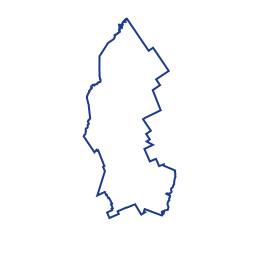 the district of Avellaneda, Santiago del Estero, Argentina, rotated 236°
{"feature_id": "61730980B47702997871145", "entity_name": "Avellaneda", "entity_type": "district", "adm_level": 2, "iso_a3": "ARG", "parent_name": "Argentina", "parent_adm1": "Santiago del Estero", "projection": "robinson", "projection_center": [-63.079, -28.545], "detail": "fine", "context": "isolated", "style": "outline", "palette": "blue", "viewbox_px": 256, "rotation_deg": 236, "n_neighbors": 0, "source": "geoboundaries", "source_scale": "gbopen_adm2", "svg_char_len": 5388}
<svg xmlns="http://www.w3.org/2000/svg" viewBox="0 0 256 256"><g transform="rotate(236 128 128)"><path d="M145.8,86.6L126.6,86.6L127.5,89.8L126.2,89.8L126.2,90.8L109.6,87.1L109.7,85.6L105.1,84.7L89.2,64.8L88.0,73.0L84.7,72.4L84.6,73.0L80.8,72.4L80.6,73.2L77.2,72.8L74.1,72.5L74.3,71.3L70.0,70.5L70.2,69.3L68.8,69.0L69.6,63.4L63.8,62.3L61.9,72.3L64.7,72.8L63.0,82.1L62.7,82.2L60.8,91.2L48.8,90.6L48.6,95.0L49.8,94.3L51.4,96.5L36.5,107.2L36.6,107.4L36.6,107.8L36.8,108.1L36.8,108.3L37.0,108.7L37.0,109.3L37.2,110.0L37.6,110.2L37.9,110.1L38.4,109.7L38.6,109.6L38.6,109.2L38.7,108.9L38.6,108.7L39.3,108.8L39.6,109.2L39.6,109.5L39.6,109.9L39.5,110.3L39.3,110.5L39.0,110.6L38.5,110.6L38.2,110.7L38.2,110.9L38.5,111.1L38.8,111.1L39.1,111.2L39.2,111.7L39.1,112.3L38.6,113.4L38.5,113.9L38.2,114.3L38.2,114.7L38.0,115.2L38.0,115.5L39.0,116.3L39.5,116.9L39.6,117.2L39.8,117.3L40.0,117.4L40.8,117.6L41.8,117.8L42.6,118.1L43.3,118.6L43.6,118.9L44.6,120.2L44.8,120.7L44.8,121.0L44.9,121.8L45.4,122.1L46.6,122.6L46.9,123.0L47.0,123.6L47.4,123.9L47.9,124.9L48.1,125.0L48.5,125.0L49.3,124.6L49.7,124.2L50.8,123.6L51.8,122.9L52.1,123.0L52.0,123.8L51.7,124.2L51.2,124.7L50.5,125.1L50.3,125.5L50.4,125.9L50.4,126.4L50.5,126.8L50.5,128.1L50.8,128.4L50.9,128.6L52.0,128.9L52.6,129.1L52.9,129.3L53.5,129.8L53.9,130.5L53.8,131.0L53.8,131.5L54.1,132.4L54.5,132.8L54.8,132.9L55.1,133.3L55.2,133.5L55.2,133.8L55.5,134.5L55.8,135.0L56.0,135.1L56.7,135.6L57.5,136.1L57.9,136.5L58.3,137.0L58.8,137.5L59.7,138.3L60.4,139.0L60.7,139.7L60.9,140.0L62.0,140.5L62.5,140.8L63.1,141.2L63.8,141.9L64.8,142.0L65.5,142.5L66.0,143.0L66.4,143.3L76.7,136.6L77.8,137.4L79.0,132.5L86.8,133.9L88.1,127.4L101.5,129.9L100.1,139.2L106.4,135.9L106.4,139.7L112.9,139.7L112.9,145.4L126.9,145.4L126.9,147.4L124.4,165.0L145.6,169.7L145.6,178.5L152.6,178.5L152.5,193.7L180.5,193.7L180.5,188.3L219.3,188.2L219.4,187.9L219.5,187.6L219.4,187.4L219.2,187.2L219.4,186.9L219.3,186.7L218.7,186.4L218.7,186.2L218.8,186.1L219.2,186.0L219.3,185.5L219.2,185.2L218.8,185.4L218.8,185.6L218.7,185.7L218.2,185.5L217.9,185.4L217.6,185.2L217.4,185.2L217.6,184.7L217.8,184.6L218.1,184.7L218.3,184.9L218.4,185.1L218.6,185.2L218.7,184.8L218.8,184.6L218.6,184.3L218.7,183.8L218.7,183.5L218.4,183.5L218.3,183.4L218.5,183.0L218.4,182.5L218.3,182.3L217.6,181.8L217.4,181.8L217.1,181.7L217.2,181.4L217.3,181.2L217.2,181.0L216.7,181.1L216.4,181.0L216.2,180.9L216.2,180.7L215.9,180.5L215.8,180.1L216.0,179.8L216.0,179.7L216.4,179.5L216.7,179.6L217.4,179.6L217.6,179.6L217.6,179.4L217.7,179.2L217.8,178.9L218.2,178.6L218.7,178.4L218.6,178.2L218.2,178.1L217.9,178.0L217.7,178.2L217.3,177.9L217.3,178.2L217.4,178.4L217.4,178.7L217.2,178.9L216.7,178.9L215.7,179.2L214.8,179.3L214.6,179.1L215.1,178.9L215.5,178.7L216.2,178.5L216.4,178.3L216.4,178.1L215.9,178.0L215.4,178.0L215.2,177.8L215.0,177.6L214.6,177.3L214.5,177.1L215.1,176.8L215.2,176.7L215.2,176.4L215.1,176.2L214.9,176.1L214.5,176.0L214.4,175.9L213.9,175.8L213.9,175.7L214.1,175.5L214.1,175.2L213.3,175.1L212.7,175.0L212.4,175.1L212.2,174.8L212.6,174.4L212.5,174.2L212.3,174.2L212.2,173.8L212.3,173.6L212.2,173.2L212.3,173.1L212.5,172.8L212.5,172.5L212.2,172.2L212.3,172.0L212.2,171.7L212.0,171.3L212.0,171.0L212.0,170.7L212.3,170.3L212.4,170.2L212.5,170.1L212.5,169.9L212.3,169.5L212.3,169.4L212.5,169.0L212.5,168.9L211.9,168.8L211.9,168.6L211.8,168.4L210.9,168.0L210.6,167.7L210.6,167.4L210.4,167.0L210.2,166.8L209.9,166.5L209.8,166.0L209.8,165.7L209.7,165.3L209.7,159.1L203.4,144.5L193.1,137.4L190.6,135.8L189.2,135.0L188.8,134.7L188.1,134.1L187.9,134.1L187.7,133.8L187.5,133.7L186.5,133.2L186.0,133.1L185.0,132.6L184.7,132.6L184.4,132.4L184.3,132.2L184.1,132.1L183.8,132.2L183.2,132.2L182.8,131.8L182.7,131.8L182.6,131.7L182.1,131.3L181.8,130.9L181.7,130.8L181.7,130.4L182.2,130.0L182.2,129.9L182.3,129.1L182.4,128.9L182.3,128.7L182.5,128.1L182.4,128.0L182.1,127.8L181.8,127.5L181.8,127.2L181.9,126.9L181.8,126.7L181.9,126.2L182.0,126.1L182.1,125.8L182.4,125.3L182.5,125.1L182.6,124.9L182.4,124.6L182.6,124.4L182.3,123.9L182.7,123.9L182.9,123.8L183.0,123.4L183.2,123.1L183.4,122.9L183.3,122.6L183.4,122.4L183.3,122.2L183.1,122.1L183.1,121.9L183.0,121.6L183.0,121.2L183.1,120.8L182.8,120.6L182.6,120.5L182.5,120.4L182.4,120.4L182.1,120.4L182.0,120.5L181.9,120.5L181.7,120.3L181.4,120.4L181.3,119.9L181.4,119.6L181.1,119.5L181.1,119.1L181.0,118.9L181.1,118.4L180.9,118.2L180.7,117.7L180.5,117.2L180.0,116.8L179.7,116.2L179.9,116.1L179.6,115.9L179.4,115.5L179.0,115.0L178.9,114.2L178.7,113.9L178.3,113.5L177.8,112.9L177.5,112.4L177.5,112.1L177.4,111.9L176.9,111.7L176.8,111.4L176.5,111.2L176.3,110.9L173.6,109.9L173.1,109.7L171.3,109.1L170.5,108.7L169.8,108.6L169.4,108.5L168.9,108.2L167.5,107.4L166.8,107.0L166.2,106.8L165.2,106.1L164.7,106.0L164.2,105.7L163.7,105.5L163.3,105.2L162.7,104.9L162.4,104.7L160.9,104.0L160.2,103.6L160.0,103.4L159.6,103.3L159.5,103.2L158.9,103.0L158.7,102.8L158.5,102.7L156.9,101.9L156.8,101.1L156.6,100.7L156.7,100.3L156.5,100.1L156.5,99.4L156.2,99.3L156.1,99.0L155.8,98.4L155.7,98.2L154.5,98.1L154.0,98.1L153.6,98.0L153.3,97.7L153.1,97.2L153.3,96.9L153.3,96.6L153.2,96.4L151.4,95.2L151.1,94.9L151.0,94.5L150.9,94.4L150.9,94.0L151.0,93.7L151.1,93.2L151.1,92.9L150.7,92.3L150.5,92.0L149.5,91.6L149.0,91.3L148.7,91.3L148.4,90.9L148.2,90.5L147.8,90.1L147.3,89.8L146.8,89.2L146.6,88.6L146.6,87.9L146.5,87.6L146.2,87.1L145.8,86.6Z" fill="none" stroke="#1e3a8a" stroke-width="2"/></g></svg>